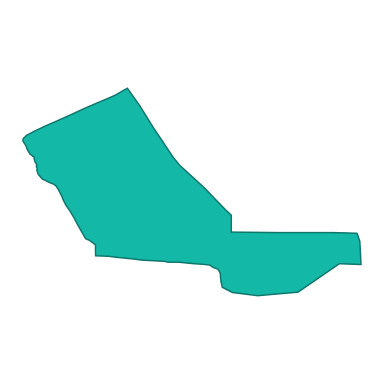 the district of Paniai, Papua, Indonesia
{"feature_id": "22746128B72382312298600", "entity_name": "Paniai", "entity_type": "district", "adm_level": 2, "iso_a3": "IDN", "parent_name": "Indonesia", "parent_adm1": "Papua", "projection": "albers", "projection_center": [136.34, -3.758], "detail": "fine", "context": "isolated", "style": "filled", "palette": "teal", "viewbox_px": 384, "rotation_deg": 0, "n_neighbors": 0, "source": "geoboundaries", "source_scale": "gbopen_adm2", "svg_char_len": 2061}
<svg xmlns="http://www.w3.org/2000/svg" viewBox="0 0 384 384"><path d="M232.3,292.5L251.6,294.9L252.5,295.0L257.7,295.7L276.6,294.0L283.6,293.4L297.9,292.2L318.6,278.0L331.8,268.9L333.7,267.6L339.4,263.7L361.0,264.5L360.5,254.7L360.2,248.6L360.2,248.4L359.8,241.3L358.9,238.7L357.3,234.0L356.9,233.3L351.2,233.1L342.8,232.8L340.4,232.8L332.7,232.6L313.3,232.6L296.7,232.6L278.3,232.6L250.9,232.3L239.4,232.2L231.3,232.1L231.3,215.2L225.7,210.0L211.5,195.3L205.0,188.4L200.3,184.1L179.9,165.5L173.5,157.7L171.4,154.6L166.7,147.6L162.6,141.4L154.0,128.7L139.8,105.8L127.4,88.3L123.8,90.2L115.2,95.2L106.1,99.2L96.5,103.2L83.9,108.7L76.7,112.0L68.1,116.0L67.6,116.2L55.2,121.7L45.8,125.8L34.1,131.3L32.4,132.3L26.2,135.5L25.0,137.0L23.6,138.1L23.0,139.4L23.0,141.1L24.2,143.1L24.9,144.0L25.2,144.5L25.7,145.5L26.4,146.6L26.7,148.0L26.9,148.9L27.7,149.6L27.9,150.7L28.1,151.0L28.8,152.2L29.4,152.8L29.7,153.8L30.5,154.5L31.2,154.8L32.1,155.6L32.8,156.3L33.5,156.3L34.0,156.9L33.9,157.7L34.3,158.7L34.4,159.6L34.7,160.8L35.0,161.6L35.3,162.4L35.5,162.5L36.0,163.2L36.2,163.7L36.4,164.4L36.9,165.3L36.4,166.0L36.4,166.9L37.2,168.0L37.3,168.7L36.9,169.6L36.8,170.0L36.9,170.5L37.5,171.8L37.6,172.7L38.0,173.9L38.7,174.9L39.3,175.6L40.2,176.5L41.2,177.9L42.0,178.3L42.5,179.2L43.7,179.6L44.1,179.8L44.9,180.2L46.2,180.8L47.5,181.6L49.1,182.4L49.9,182.7L50.4,182.9L52.6,183.7L53.8,184.4L54.9,185.1L56.0,185.9L58.1,189.1L58.8,190.3L59.2,191.1L62.0,196.7L63.4,200.3L64.6,202.6L66.2,205.7L69.8,210.7L72.1,214.6L74.4,218.5L74.7,219.1L77.8,225.1L81.4,231.3L85.6,238.7L89.4,240.3L89.6,240.4L92.3,242.5L92.5,242.6L93.3,243.2L95.5,244.9L95.5,250.8L95.5,251.9L95.6,255.8L101.1,256.0L109.0,256.3L116.9,257.4L117.2,257.4L122.4,257.9L124.8,258.1L129.3,258.6L130.9,258.7L140.5,259.9L142.8,260.2L147.4,260.4L156.5,260.9L163.9,261.3L164.3,261.3L168.0,262.2L178.5,262.2L181.7,262.5L192.9,263.6L203.0,264.3L209.6,265.0L212.8,267.2L213.3,267.5L218.2,269.3L220.2,273.1L220.3,274.0L220.9,281.4L221.0,281.6L222.3,287.3L232.3,292.5Z" fill="#14b8a6" stroke="#0f766e" stroke-width="1.5"/></svg>